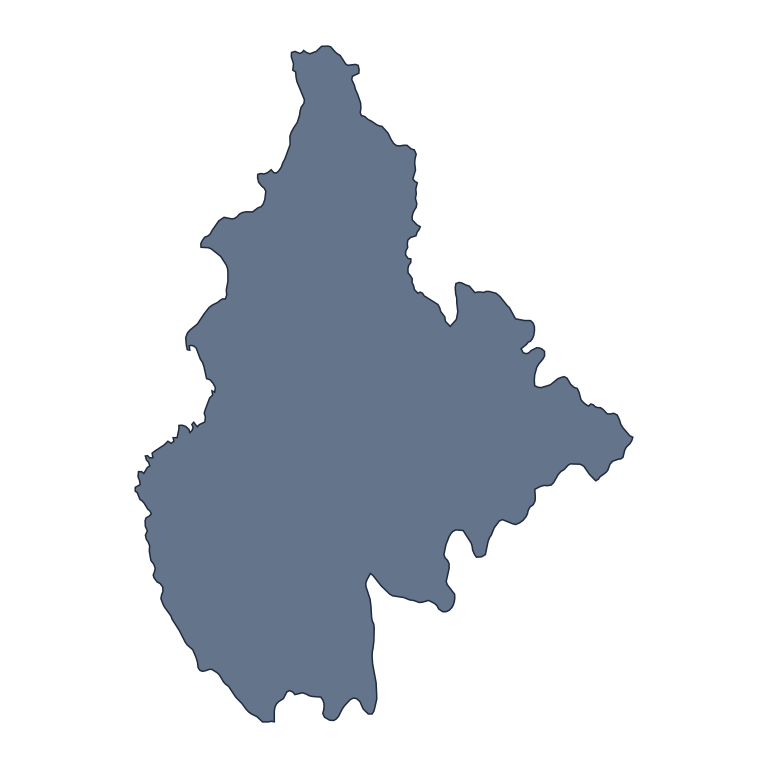 outline of Araçuaí, Minas Gerais, Brazil
{"feature_id": "56859067B18918264125998", "entity_name": "Araçuaí", "entity_type": "district", "adm_level": 2, "iso_a3": "BRA", "parent_name": "Brazil", "parent_adm1": "Minas Gerais", "projection": "equal_earth", "projection_center": [-41.973, -16.895], "detail": "fine", "context": "isolated", "style": "filled", "palette": "slate", "viewbox_px": 768, "rotation_deg": 0, "n_neighbors": 0, "source": "geoboundaries", "source_scale": "gbopen_adm2", "svg_char_len": 6100}
<svg xmlns="http://www.w3.org/2000/svg" viewBox="0 0 768 768"><path d="M533.8,335.2L534.5,330.5L534.4,326.5L533.2,323.2L530.6,320.6L524.4,320.5L515.5,318.8L509.5,307.8L507.1,305.5L500.0,296.6L496.1,293.3L488.9,291.4L486.2,291.4L483.8,292.4L478.6,291.9L474.9,292.6L469.2,286.0L466.3,285.2L461.9,283.0L459.1,282.4L455.9,283.6L455.2,287.6L455.7,294.1L456.7,297.9L456.8,303.1L457.8,311.8L456.3,319.5L450.2,326.4L445.4,321.3L444.8,316.9L440.7,311.5L439.7,307.8L437.9,304.5L424.1,295.8L422.5,293.2L420.2,292.1L417.9,293.2L414.5,289.7L413.5,285.4L412.0,282.4L412.3,278.9L410.5,275.9L408.1,272.9L407.9,268.9L408.6,265.6L410.8,262.4L410.9,258.9L408.1,258.5L405.6,254.9L405.7,251.2L407.7,247.5L407.3,244.0L407.8,240.2L410.5,237.5L416.0,235.8L417.1,232.2L419.0,229.8L420.3,226.7L416.9,224.8L412.2,219.8L412.2,216.3L413.0,213.1L414.3,210.2L416.2,207.4L416.8,203.5L415.4,198.3L416.3,193.9L415.8,189.1L417.3,182.8L414.7,181.2L412.9,178.9L415.5,170.1L414.7,163.0L415.0,159.1L416.2,154.2L414.3,149.8L411.3,149.0L407.0,145.3L403.2,145.3L399.8,146.0L396.3,145.5L393.5,143.3L391.1,139.5L388.0,133.1L381.9,126.3L379.5,125.9L376.8,124.8L371.4,121.1L367.9,119.4L364.6,116.4L361.4,115.6L360.2,112.4L360.9,108.6L360.6,103.0L357.6,94.2L355.5,89.5L354.4,85.3L351.8,79.7L352.4,76.3L358.9,73.2L359.1,69.5L358.1,65.3L355.3,64.4L347.8,65.3L345.7,64.0L340.2,55.5L337.1,53.6L334.9,51.6L330.6,46.7L327.9,46.1L321.6,46.3L316.3,51.4L309.7,53.8L305.7,52.1L303.7,50.4L301.9,52.6L299.7,53.4L295.0,51.4L291.5,52.5L291.3,56.8L293.5,63.8L292.8,70.2L295.6,71.9L296.1,77.5L296.9,81.5L304.4,99.7L303.9,103.4L301.1,107.3L300.0,111.4L299.6,114.9L297.4,122.2L293.7,127.8L291.2,132.3L289.9,136.4L290.1,144.6L284.9,158.9L282.7,163.0L281.2,167.3L278.7,170.9L276.6,172.9L273.8,172.7L271.1,169.7L269.0,171.7L266.3,173.2L263.8,174.0L260.7,173.5L257.7,174.4L257.6,178.1L258.7,182.4L261.5,185.9L264.2,188.2L265.8,191.2L264.8,199.6L263.2,204.0L261.2,206.6L257.8,207.9L252.6,211.9L246.3,211.8L242.4,212.5L239.4,214.1L236.9,216.9L234.1,218.6L231.7,218.9L224.1,217.3L218.8,220.8L212.2,230.3L210.2,234.0L208.0,235.9L204.6,237.3L202.2,240.7L200.8,243.7L201.0,247.3L208.2,247.7L211.0,248.7L220.7,256.4L226.2,264.9L227.5,268.4L227.9,272.2L227.9,281.3L226.3,289.7L226.7,295.3L225.3,299.0L222.6,298.9L220.1,300.3L218.2,302.1L211.9,305.3L209.0,307.6L204.0,314.0L197.4,324.0L189.9,330.1L187.5,332.9L185.7,337.7L186.4,345.5L187.3,349.7L189.8,350.2L189.2,345.7L191.7,345.4L194.4,346.4L196.3,348.3L200.3,359.1L202.5,362.4L203.9,366.4L206.6,378.7L210.1,379.8L212.9,383.1L215.4,387.6L214.6,392.2L212.0,390.8L212.6,395.1L209.6,398.0L205.3,409.5L204.2,413.1L205.4,417.0L204.8,422.0L199.3,424.6L197.2,426.8L193.7,422.2L191.8,424.5L193.1,427.3L192.1,430.4L189.9,432.6L188.9,429.4L185.8,426.5L182.2,425.2L178.9,425.4L178.9,429.1L177.1,437.6L173.1,437.7L173.9,441.2L171.2,443.3L167.9,441.2L164.2,444.9L154.3,451.4L152.1,453.2L152.9,457.7L149.7,457.9L147.6,455.7L145.3,456.0L146.4,459.9L148.7,462.4L149.8,466.0L147.4,467.4L143.8,473.4L141.7,471.7L138.5,471.6L138.0,476.7L139.5,480.4L140.2,484.6L135.3,487.3L135.2,491.1L137.3,492.8L139.9,499.4L142.0,500.8L144.1,503.1L147.7,509.1L149.9,510.9L151.3,513.9L149.0,516.3L146.1,517.8L145.1,520.6L145.3,526.3L147.4,530.8L145.4,535.1L146.3,539.3L148.1,541.9L149.6,545.8L149.3,551.3L150.9,560.5L153.9,564.4L155.2,568.3L154.5,571.7L153.2,575.0L154.0,577.8L157.3,582.1L160.1,583.5L162.8,587.1L162.9,591.7L161.6,594.9L160.9,598.6L162.9,603.9L164.5,607.1L170.9,615.9L172.2,619.4L179.3,630.5L185.5,642.6L187.4,645.1L192.7,649.7L196.0,657.3L197.5,662.3L198.1,667.6L200.0,670.4L202.4,671.3L205.4,670.8L209.2,669.4L211.9,669.4L217.4,672.9L219.5,675.1L223.5,681.9L225.6,684.2L228.6,686.4L235.7,697.1L242.0,703.6L246.0,709.1L248.8,712.1L251.5,714.0L256.9,716.6L262.5,721.9L268.3,721.9L271.3,721.3L274.3,721.8L274.3,710.8L275.1,706.9L276.3,704.1L278.7,701.6L283.4,698.6L286.8,692.0L289.4,690.6L292.7,691.9L294.9,694.6L302.5,692.8L306.0,694.0L309.2,695.7L311.9,696.4L320.8,697.1L322.9,700.2L323.9,703.1L324.1,706.1L323.8,709.4L322.8,713.5L324.5,717.2L329.7,720.2L333.7,720.5L336.1,719.1L338.6,716.3L342.0,709.4L344.7,705.5L350.3,699.6L353.3,698.1L356.6,698.6L359.9,701.6L363.2,709.0L368.3,714.0L372.0,714.0L373.8,711.3L374.7,708.1L376.7,699.3L376.7,695.6L376.1,682.7L372.6,663.8L372.1,656.1L372.3,651.6L373.0,648.6L373.9,640.7L374.2,628.4L373.8,624.2L372.3,620.9L371.6,617.5L371.0,606.7L370.1,599.3L366.0,586.7L365.8,583.2L367.0,579.7L370.4,573.5L372.9,575.4L381.2,585.9L389.6,594.0L392.6,595.8L403.7,597.5L409.7,599.9L413.8,600.5L419.3,602.5L422.4,602.2L428.7,600.4L434.8,603.6L437.2,606.0L438.7,609.0L442.6,611.7L446.2,611.7L449.3,610.2L451.7,607.7L453.2,605.2L454.3,601.7L454.8,598.2L454.6,594.2L447.3,584.7L446.2,581.5L449.1,568.5L449.1,563.8L447.6,560.5L445.1,557.8L443.9,554.6L446.0,544.5L449.1,536.6L451.2,533.2L453.0,531.3L456.0,529.9L463.1,530.5L471.2,543.1L472.2,546.6L472.6,550.0L474.5,554.5L476.4,557.2L481.7,556.8L485.4,554.5L488.1,541.3L489.6,537.5L491.3,535.1L494.1,528.0L499.2,521.1L502.4,519.6L513.0,523.9L515.8,524.5L519.6,522.8L523.1,520.3L526.1,516.6L527.4,513.9L528.1,510.7L529.9,507.1L533.3,504.6L535.1,500.8L535.3,497.2L534.8,489.3L540.5,486.4L544.1,485.4L547.5,485.7L551.2,485.0L553.5,482.7L558.3,474.4L561.0,471.4L564.0,469.7L568.1,465.2L570.3,463.9L580.1,464.2L583.7,466.1L589.3,474.2L595.7,480.8L598.3,479.3L599.9,476.9L606.0,472.4L607.8,470.2L610.0,464.2L612.7,461.2L618.4,459.2L620.8,458.9L623.0,457.3L624.7,450.2L626.2,447.3L630.2,443.3L631.9,440.3L632.8,437.2L629.8,435.8L622.8,427.6L620.8,424.2L619.5,420.0L617.2,415.0L613.6,413.3L610.0,414.0L607.2,413.8L603.1,409.5L600.6,407.7L597.8,407.6L595.2,406.8L593.3,404.8L590.8,404.0L588.6,406.0L586.4,404.9L583.2,402.3L580.9,399.5L579.1,392.4L577.3,388.5L574.1,387.4L570.7,384.4L567.0,378.1L564.1,376.6L560.6,377.6L557.7,378.8L550.4,384.8L541.3,387.6L538.0,387.3L534.7,385.7L534.3,380.4L534.7,374.9L536.8,367.2L538.6,364.2L542.8,359.2L544.6,355.9L544.5,351.3L541.9,349.0L539.6,348.0L536.7,347.7L530.9,350.7L529.0,352.7L526.7,353.7L523.3,352.9L521.1,348.7L526.4,344.5L528.2,342.2L530.5,341.2L532.4,338.7L533.8,335.2Z" fill="#64748b" stroke="#1e293b" stroke-width="1.5"/></svg>